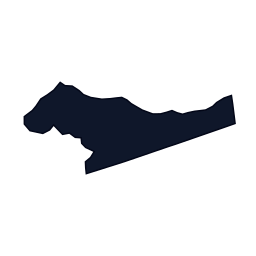 Matinhas, Paraíba, Brazil, rotated 12°
{"feature_id": "56859067B3328011598679", "entity_name": "Matinhas", "entity_type": "district", "adm_level": 2, "iso_a3": "BRA", "parent_name": "Brazil", "parent_adm1": "Paraíba", "projection": "albers", "projection_center": [-35.775, -7.119], "detail": "fine", "context": "isolated", "style": "filled", "palette": "ink", "viewbox_px": 256, "rotation_deg": 12, "n_neighbors": 0, "source": "geoboundaries", "source_scale": "gbopen_adm2", "svg_char_len": 834}
<svg xmlns="http://www.w3.org/2000/svg" viewBox="0 0 256 256"><g transform="rotate(12 128 128)"><path d="M222.4,74.7L215.7,78.7L209.4,84.7L206.4,89.2L200.1,94.3L195.1,96.0L189.7,97.8L183.6,100.5L178.5,103.2L172.9,102.9L167.4,101.8L162.5,104.6L156.7,107.5L149.2,109.1L138.2,107.5L130.8,105.1L126.0,103.5L121.1,100.8L115.5,99.4L110.2,101.1L104.7,103.0L96.4,105.3L85.2,105.9L77.4,104.6L72.4,101.6L64.7,98.6L57.5,99.7L52.2,97.5L47.6,106.3L42.3,112.3L36.7,117.7L33.5,125.7L30.8,130.8L24.2,138.4L25.8,145.7L32.7,151.0L39.6,151.0L45.8,151.0L51.7,146.2L54.6,140.5L59.7,144.0L65.3,147.8L71.8,145.1L78.3,148.1L84.2,147.3L85.9,152.6L90.6,155.8L99.9,158.0L97.5,164.7L93.4,169.9L94.9,175.7L96.7,181.3L131.6,161.5L171.5,137.6L177.9,133.9L220.8,108.0L231.8,101.3L225.4,82.8L222.4,74.7Z" fill="#0f172a" stroke="#020617" stroke-width="1.5"/></g></svg>